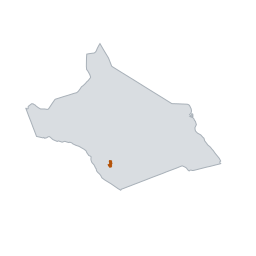 Emgwen, Rift Valley, Kenya (highlighted), rotated 302°
{"feature_id": "3690345B72129784812762", "entity_name": "Emgwen", "entity_type": "district", "adm_level": 2, "iso_a3": "KEN", "parent_name": "Kenya", "parent_adm1": "Rift Valley", "projection": "equal_earth", "projection_center": [35.105, 0.189], "detail": "fine", "context": "in_parent", "style": "filled", "palette": "amber", "viewbox_px": 256, "rotation_deg": 302, "n_neighbors": 0, "source": "geoboundaries", "source_scale": "gbopen_adm2", "svg_char_len": 3975}
<svg xmlns="http://www.w3.org/2000/svg" viewBox="0 0 256 256"><g transform="rotate(302 128 128)"><path d="M71.4,154.8L71.3,151.6L71.7,143.3L71.6,136.0L71.9,132.3L73.3,130.0L73.9,128.3L74.3,126.0L75.0,124.1L76.6,122.5L76.9,121.6L78.6,119.0L79.6,115.7L80.4,114.6L81.3,113.5L82.0,113.0L83.1,112.4L83.9,112.1L84.1,111.8L84.2,111.3L83.9,109.2L84.3,108.5L84.8,107.1L85.5,105.8L86.1,105.0L86.5,104.2L86.6,102.7L86.7,101.7L86.6,100.0L86.5,96.2L85.7,93.0L85.3,89.4L85.6,88.2L85.1,86.1L84.8,86.0L84.3,85.5L83.7,83.5L83.3,81.7L83.0,81.2L81.1,79.7L80.2,75.9L79.1,75.1L78.5,71.4L78.4,70.3L79.0,66.6L79.0,65.8L78.3,65.0L76.6,64.2L75.1,62.7L75.3,62.1L75.4,61.6L74.6,61.2L72.4,54.9L75.3,51.1L78.2,47.2L81.9,42.4L85.2,37.9L88.2,34.0L90.8,30.6L90.7,31.2L90.7,32.1L91.0,32.7L91.6,33.0L92.3,32.6L93.0,32.1L93.6,32.0L97.5,33.4L98.2,34.7L98.1,36.0L98.3,37.0L98.0,38.0L97.7,40.9L97.8,43.7L99.0,45.7L100.0,47.3L100.9,49.5L101.5,50.2L102.3,50.5L105.0,50.6L109.0,50.7L112.8,50.9L113.2,50.9L114.0,51.2L117.5,54.2L120.8,57.0L123.5,59.4L126.2,61.7L128.8,63.9L130.8,65.8L132.7,66.4L136.0,66.7L138.2,66.7L140.2,67.5L143.3,68.3L145.6,68.6L147.0,69.1L150.8,69.5L151.4,69.3L153.1,67.2L155.0,63.8L155.7,61.9L158.1,60.1L162.4,57.5L165.4,55.7L168.8,53.9L170.3,55.5L172.4,58.0L173.4,59.3L174.1,59.8L175.3,60.2L176.6,60.2L177.4,60.1L179.0,59.8L182.6,59.5L184.7,59.5L182.9,62.9L180.8,66.9L177.0,74.4L174.1,78.3L171.9,81.2L171.7,81.8L171.7,85.1L171.7,93.1L171.8,109.3L171.8,125.4L171.9,141.5L171.9,149.6L171.9,152.3L173.9,155.7L175.8,159.0L178.3,163.4L179.6,165.7L179.8,166.5L179.8,168.1L177.7,171.4L176.0,172.9L173.7,173.6L173.0,173.4L172.1,173.0L171.8,173.8L171.5,175.0L171.0,174.7L170.6,174.4L170.9,176.6L171.1,177.6L170.7,179.1L169.6,180.4L169.5,181.4L167.1,184.2L163.7,184.6L161.9,186.0L161.1,187.1L160.5,189.6L160.7,193.4L159.8,196.4L159.6,197.8L157.8,199.8L157.1,201.5L156.5,203.3L156.0,204.1L155.4,208.1L154.5,210.5L154.3,211.3L154.1,212.1L153.5,213.5L153.1,214.5L152.8,215.1L150.7,221.3L149.1,224.1L147.8,223.8L146.9,224.9L146.9,225.4L146.4,225.1L145.4,224.1L143.2,222.0L141.0,219.9L138.8,217.8L136.7,215.6L134.5,213.5L132.3,211.4L130.1,209.3L127.9,207.2L126.7,206.0L126.1,205.2L125.7,203.8L125.5,203.4L124.9,202.9L124.2,202.8L124.0,202.6L124.0,201.9L124.2,200.8L125.0,198.9L125.1,197.8L125.0,196.5L124.7,194.4L124.5,193.9L123.1,192.8L120.0,190.6L117.0,188.3L114.0,186.0L111.0,183.7L107.9,181.5L104.9,179.2L101.9,176.9L98.9,174.6L95.8,172.3L92.8,170.1L89.8,167.8L86.7,165.5L83.7,163.2L80.7,161.0L77.7,158.7L74.6,156.4L73.5,155.5L72.5,154.8L71.4,154.8ZM172.1,177.0L171.6,177.1L171.9,176.0L173.4,174.6L174.0,174.9L174.2,175.3L174.1,175.5L173.9,175.8L172.1,177.0Z" fill="#d9dde1" stroke="#a8b0b8" stroke-width="1"/><path d="M88.8,133.0L88.9,132.9L89.0,132.7L89.1,132.9L89.3,132.9L89.4,132.7L89.5,132.7L89.6,132.4L89.8,132.3L89.8,132.2L89.9,131.9L90.0,131.9L90.0,132.0L90.2,131.9L90.2,131.7L90.3,131.7L90.5,131.7L90.8,131.6L91.0,131.5L91.0,131.4L91.1,131.2L90.9,130.9L90.9,130.7L90.7,130.5L90.7,130.4L90.6,130.2L90.5,129.9L90.4,129.9L90.3,130.0L90.2,130.0L90.2,130.3L90.2,130.5L90.1,130.4L89.9,130.4L89.7,130.4L89.5,130.5L89.4,130.5L89.2,130.7L89.2,130.8L89.3,130.8L89.4,131.0L89.4,131.3L89.3,131.2L89.2,131.3L89.2,131.5L88.9,131.7L88.7,131.6L88.4,131.7L88.3,131.4L88.2,131.4L88.0,131.5L88.1,131.8L87.9,131.9L87.7,131.9L87.7,132.0L87.6,132.3L87.7,132.5L87.6,132.8L87.4,133.0L87.4,132.9L87.2,132.9L86.9,132.8L86.8,132.7L86.7,132.5L86.6,132.4L86.8,132.3L86.8,132.2L86.7,132.1L86.8,132.0L86.8,131.9L86.8,131.7L86.7,131.5L86.7,131.4L86.7,131.2L86.4,131.0L86.2,131.4L86.2,131.6L85.9,131.7L85.9,131.8L85.8,132.1L85.8,132.3L85.8,132.5L85.7,132.6L85.6,132.9L86.0,133.1L86.0,133.3L86.0,133.5L86.0,133.8L85.9,133.8L86.0,133.9L86.0,134.0L86.3,134.0L86.5,134.1L86.8,134.1L87.0,134.0L87.0,133.9L87.0,133.7L87.1,133.4L87.2,133.2L87.3,133.3L87.4,133.2L87.5,133.3L87.8,133.3L87.9,133.2L88.0,133.1L88.2,132.9L88.3,132.9L88.5,132.9L88.5,133.0L88.8,133.0L88.8,133.0Z" fill="#f59e0b" stroke="#b45309" stroke-width="1.5"/></g></svg>